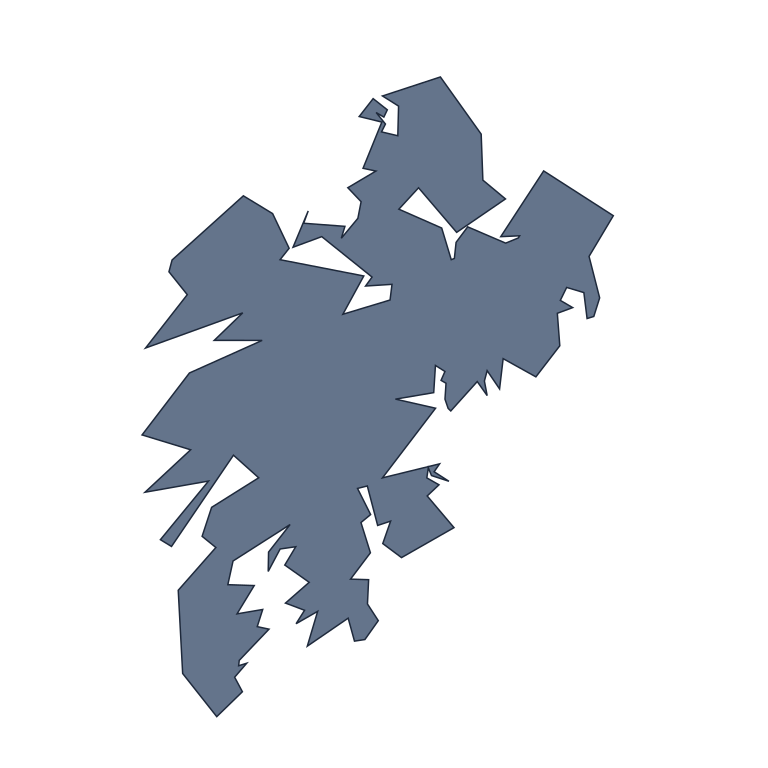 outline of Vestvågøy nor, Nordland, Norway, rotated 347°
{"feature_id": "86288312B23095338426398", "entity_name": "Vestvågøy nor", "entity_type": "district", "adm_level": 2, "iso_a3": "NOR", "parent_name": "Norway", "parent_adm1": "Nordland", "projection": "albers", "projection_center": [13.78, 68.202], "detail": "medium", "context": "isolated", "style": "filled", "palette": "slate", "viewbox_px": 768, "rotation_deg": 347, "n_neighbors": 0, "source": "geoboundaries", "source_scale": "gbopen_adm2", "svg_char_len": 1970}
<svg xmlns="http://www.w3.org/2000/svg" viewBox="0 0 768 768"><g transform="rotate(347 384 384)"><path d="M176.8,652.0L172.5,636.1L187.4,625.2L179.0,625.8L180.8,620.7L216.8,597.0L205.9,591.9L215.1,576.4L189.1,574.9L212.2,551.2L186.7,544.4L197.1,522.5L260.9,499.8L233.7,521.8L229.0,540.6L245.7,521.4L261.4,522.7L246.6,538.1L266.5,560.4L238.7,575.3L255.7,586.6L244.4,597.8L268.2,590.6L250.3,622.2L296.4,604.1L297.4,627.9L307.9,628.7L325.2,613.3L318.4,594.6L325.0,571.2L307.5,566.6L332.8,545.4L330.4,513.8L341.6,508.2L334.7,479.8L344.8,479.6L346.0,520.4L359.6,519.1L346.9,539.2L362.0,557.1L419.9,539.7L400.9,502.8L414.9,494.6L404.6,485.1L408.3,475.7L409.7,483.9L425.4,493.4L413.1,480.8L420.2,474.3L361.4,475.1L428.8,419.2L391.7,401.3L430.5,403.6L438.3,377.5L446.2,385.5L440.4,393.3L444.6,397.2L440.0,412.5L441.0,422.2L443.0,425.3L475.4,402.6L481.9,418.5L482.5,403.7L487.5,394.2L495.5,414.8L505.8,386.1L533.6,411.2L563.9,386.3L568.8,354.1L585.0,352.0L574.6,342.2L583.7,331.0L599.3,339.9L596.6,365.9L603.6,365.4L613.5,348.6L612.5,305.8L645.3,271.6L587.5,212.3L530.9,266.7L549.5,270.1L547.7,271.9L534.2,274.1L500.9,249.7L486.1,262.2L480.8,277.5L477.5,278.0L475.3,245.0L437.8,217.0L461.8,200.6L488.9,252.6L544.0,231.0L526.2,207.6L534.9,162.4L508.0,97.5L447.3,103.0L460.7,116.5L453.3,145.2L438.3,137.8L443.9,131.0L437.4,117.7L443.9,123.9L448.9,117.6L437.6,103.5L420.0,117.8L440.8,128.3L412.1,169.1L424.0,174.7L392.9,184.6L402.7,201.2L395.8,216.7L375.2,232.4L381.4,221.6L341.9,209.3L349.1,198.3L326.1,230.3L356.5,226.4L396.4,277.1L388.1,284.4L414.2,288.7L408.8,303.5L359.6,306.8L388.6,274.2L310.7,239.5L322.1,230.4L313.8,192.9L289.3,169.0L205.4,215.5L199.7,226.3L212.4,252.7L159.8,295.3L262.4,282.9L228.4,303.3L275.1,314.1L196.9,329.5L136.8,379.2L180.8,404.6L126.8,435.7L191.2,439.1L131.1,485.4L140.4,494.5L221.3,419.5L240.8,447.2L188.3,465.4L172.5,491.5L183.4,505.5L137.1,538.7L122.7,620.8L146.2,670.5L176.8,652.0Z" fill="#64748b" stroke="#1e293b" stroke-width="1.5"/></g></svg>